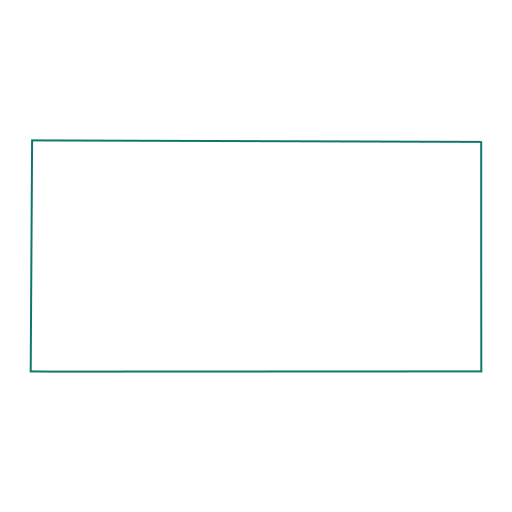 outline of Logan, North Dakota, United States of America
{"feature_id": "52423323B86928550468841", "entity_name": "Logan", "entity_type": "district", "adm_level": 2, "iso_a3": "USA", "parent_name": "United States of America", "parent_adm1": "North Dakota", "projection": "equal_earth", "projection_center": [-99.372, 46.458], "detail": "fine", "context": "isolated", "style": "outline", "palette": "teal", "viewbox_px": 512, "rotation_deg": 0, "n_neighbors": 0, "source": "geoboundaries", "source_scale": "gbopen_adm2", "svg_char_len": 232}
<svg xmlns="http://www.w3.org/2000/svg" viewBox="0 0 512 512"><path d="M481.2,142.2L479.3,141.9L270.1,141.2L32.1,140.4L30.7,371.4L50.4,371.6L481.3,371.4L481.2,256.2L481.2,142.2Z" fill="none" stroke="#0f766e" stroke-width="2"/></svg>